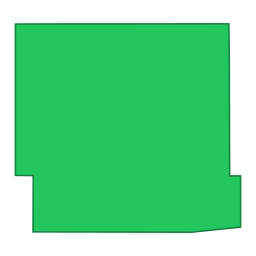 Dallas, Iowa, United States of America
{"feature_id": "52423323B12801539199166", "entity_name": "Dallas", "entity_type": "district", "adm_level": 2, "iso_a3": "USA", "parent_name": "United States of America", "parent_adm1": "Iowa", "projection": "natural_earth1", "projection_center": [-93.981, 41.683], "detail": "fine", "context": "isolated", "style": "filled", "palette": "green", "viewbox_px": 256, "rotation_deg": 0, "n_neighbors": 0, "source": "geoboundaries", "source_scale": "gbopen_adm2", "svg_char_len": 324}
<svg xmlns="http://www.w3.org/2000/svg" viewBox="0 0 256 256"><path d="M15.4,24.0L15.4,175.4L33.2,175.6L33.0,231.9L191.7,232.2L240.6,227.1L240.6,214.7L240.6,185.2L240.6,175.9L229.7,175.9L229.7,167.6L229.6,157.1L229.3,58.1L228.9,23.8L122.2,23.9L68.8,23.9L15.4,24.0Z" fill="#22c55e" stroke="#15803d" stroke-width="1.5"/></svg>